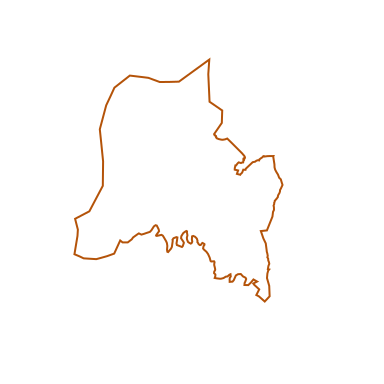 outline of Ohaozara, Ebonyi, Nigeria, rotated 35°
{"feature_id": "59680162B76130047047659", "entity_name": "Ohaozara", "entity_type": "district", "adm_level": 2, "iso_a3": "NGA", "parent_name": "Nigeria", "parent_adm1": "Ebonyi", "projection": "natural_earth1", "projection_center": [7.82, 6.011], "detail": "fine", "context": "isolated", "style": "outline", "palette": "amber", "viewbox_px": 384, "rotation_deg": 35, "n_neighbors": 0, "source": "geoboundaries", "source_scale": "gbopen_adm2", "svg_char_len": 3597}
<svg xmlns="http://www.w3.org/2000/svg" viewBox="0 0 384 384"><g transform="rotate(35 192 192)"><path d="M74.3,132.3L68.6,151.0L70.3,160.3L72.0,170.2L80.5,193.5L89.1,203.4L101.6,217.9L115.4,238.1L119.0,266.7L111.6,281.0L120.1,288.3L123.4,293.7L131.4,310.4L137.0,309.2L141.3,308.5L152.1,301.9L155.2,298.2L159.2,293.3L163.6,287.1L161.0,272.9L164.0,273.1L168.3,270.1L169.8,265.3L169.8,263.0L171.8,257.3L172.2,256.4L175.0,255.9L176.7,253.8L178.2,251.7L180.4,248.8L180.7,246.6L180.5,242.0L181.2,240.1L182.4,239.7L186.1,241.7L187.5,243.0L187.4,247.5L187.6,248.3L188.3,248.2L191.6,244.6L193.1,244.5L194.8,245.2L199.1,247.2L200.7,248.2L202.7,250.3L204.7,253.7L206.1,255.1L206.9,254.9L207.0,253.4L207.3,250.4L207.0,248.5L204.2,243.0L203.4,242.3L203.4,240.4L205.1,237.9L206.1,237.6L207.6,240.5L208.8,243.0L210.0,244.1L215.3,242.8L215.5,241.7L214.5,238.3L213.3,237.6L209.6,236.2L208.6,234.3L208.4,230.7L209.0,228.8L209.7,227.2L210.5,227.1L211.0,228.0L213.1,230.1L214.0,232.4L215.1,233.7L217.4,235.2L218.7,235.2L220.6,235.0L221.0,234.0L220.7,232.5L219.1,230.9L217.5,228.3L218.2,227.3L220.2,226.9L222.7,227.4L224.4,228.7L225.2,230.0L226.2,230.3L227.3,230.9L228.8,231.0L229.5,230.4L229.7,227.8L230.6,227.6L232.0,227.5L232.5,228.1L232.5,229.7L233.0,230.9L233.5,231.9L234.7,232.3L238.1,232.7L240.7,233.6L244.1,235.6L246.7,237.8L247.6,237.9L249.8,236.1L250.7,236.5L251.6,238.4L252.3,239.3L253.6,240.4L254.7,241.4L255.3,242.0L255.7,242.6L255.9,244.5L256.6,245.8L258.4,246.1L259.3,247.4L259.9,249.4L262.1,248.4L264.5,247.1L265.6,246.3L267.2,244.4L268.2,242.0L269.5,240.8L270.1,238.3L270.7,237.3L272.2,239.0L272.2,240.6L272.8,241.8L274.4,244.0L276.6,242.2L276.8,240.3L275.8,235.2L276.8,233.0L279.0,231.2L282.2,231.9L285.0,231.5L286.3,232.2L287.0,234.6L287.3,236.4L288.3,238.1L291.5,236.0L292.2,232.4L292.5,228.4L296.7,228.0L294.7,231.8L296.0,232.3L302.9,233.2L303.8,239.5L306.6,239.1L314.4,240.0L315.4,232.9L309.1,224.6L302.8,219.5L300.5,215.5L299.5,212.7L299.6,211.2L298.4,211.7L297.0,208.7L296.5,206.5L295.2,205.3L293.7,204.3L292.5,202.8L291.2,202.3L290.7,200.9L289.0,199.2L287.5,198.0L286.2,196.5L281.9,191.8L277.1,189.1L270.8,184.5L275.4,180.5L272.0,166.0L271.0,164.1L269.8,161.9L269.4,159.6L268.3,158.1L267.5,157.1L266.7,156.5L266.2,154.6L265.5,153.7L265.3,152.5L264.8,151.6L265.0,151.0L265.0,150.0L265.2,149.5L265.1,149.0L265.2,148.2L265.2,146.8L264.8,146.3L264.6,145.7L264.3,144.6L264.3,143.1L263.8,141.2L263.0,139.9L262.8,138.0L262.1,134.3L260.0,132.7L257.5,130.7L255.2,130.3L252.4,128.4L249.8,127.3L247.3,126.0L245.5,124.5L243.6,122.0L241.0,119.3L238.8,117.0L238.3,116.5L238.1,115.8L236.6,116.9L233.4,119.2L231.0,121.4L230.4,121.3L229.9,121.7L229.8,123.0L228.9,125.4L228.5,126.7L228.9,127.6L227.7,128.2L226.8,129.4L226.3,131.0L224.6,132.8L222.7,142.1L223.1,143.1L222.1,143.8L221.2,144.3L221.9,147.0L221.9,148.1L221.7,148.8L221.5,149.7L221.6,150.2L219.0,151.2L218.4,151.4L217.4,147.9L214.2,149.2L213.9,148.8L213.3,147.8L212.3,145.3L212.9,144.9L212.9,142.9L213.1,141.6L213.3,140.9L214.0,140.7L215.5,140.2L216.2,139.0L216.9,138.5L216.8,138.0L216.6,137.7L215.9,136.5L216.3,136.1L216.1,135.5L215.1,135.4L215.0,134.8L215.3,134.5L215.8,133.9L215.5,133.2L215.0,132.9L214.5,132.7L214.1,132.4L211.9,131.9L211.4,131.7L196.2,129.0L190.2,128.0L188.9,129.9L187.2,131.6L186.0,132.3L183.3,133.4L182.2,133.6L181.5,133.8L180.8,133.4L180.2,133.0L180.1,132.9L180.0,133.2L178.8,132.5L177.7,132.0L177.5,131.9L177.4,132.2L176.9,131.9L176.8,118.3L170.0,107.9L154.6,108.0L148.3,99.8L137.8,86.2L130.2,73.6L118.0,109.1L110.2,114.9L102.5,120.4L90.8,123.5L86.8,125.6L74.3,132.3Z" fill="none" stroke="#b45309" stroke-width="2"/></g></svg>